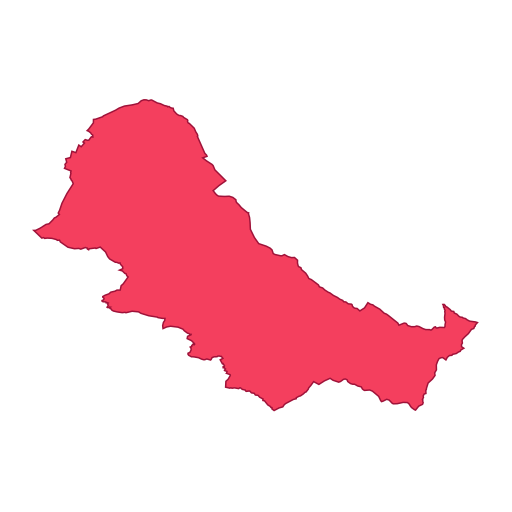 outline of Stremt, Alba, Romania, rotated 181°
{"feature_id": "2599482B49983033782323", "entity_name": "Stremt", "entity_type": "district", "adm_level": 2, "iso_a3": "ROU", "parent_name": "Romania", "parent_adm1": "Alba", "projection": "equal_earth", "projection_center": [23.586, 46.252], "detail": "fine", "context": "isolated", "style": "filled", "palette": "rose", "viewbox_px": 512, "rotation_deg": 181, "n_neighbors": 0, "source": "geoboundaries", "source_scale": "gbopen_adm2", "svg_char_len": 6074}
<svg xmlns="http://www.w3.org/2000/svg" viewBox="0 0 512 512"><g transform="rotate(181 256 256)"><path d="M478.6,277.7L470.5,270.2L468.7,270.7L467.6,269.9L465.1,270.3L460.4,270.1L455.6,268.9L455.0,268.2L452.7,268.4L451.9,266.7L444.2,261.5L437.6,260.1L433.3,260.5L431.3,259.8L426.8,261.5L424.8,260.9L424.7,260.0L423.4,259.3L423.0,260.3L416.8,261.2L416.1,260.7L411.9,262.2L406.5,257.4L404.2,252.8L402.3,250.5L396.6,247.3L394.9,247.2L393.4,246.5L391.7,246.6L391.4,245.4L389.1,242.9L389.0,241.0L392.2,239.5L389.3,238.7L386.8,236.3L385.7,236.1L384.8,234.0L383.5,232.8L388.3,225.8L390.3,224.0L391.2,219.5L394.4,219.5L396.3,218.4L400.6,217.3L402.4,215.6L406.1,214.2L408.5,212.8L408.5,212.2L407.2,211.1L407.4,210.0L408.1,209.2L409.2,208.8L409.1,208.1L408.2,207.6L405.4,207.5L405.0,206.5L404.1,206.8L402.9,206.4L403.6,205.4L402.8,204.2L404.0,202.2L403.0,201.7L401.6,202.4L400.9,202.3L401.4,202.0L401.1,201.0L400.2,200.7L399.1,199.3L397.6,198.5L394.0,197.7L388.7,197.0L386.0,197.4L385.1,197.0L378.9,198.6L372.4,198.1L370.1,196.7L362.2,194.4L353.7,193.2L353.0,192.7L348.5,192.0L345.9,192.0L346.2,189.8L347.4,188.0L348.1,184.8L347.7,181.8L344.1,183.5L340.2,184.3L332.7,183.5L327.8,181.6L326.4,180.0L323.2,177.7L321.7,177.3L320.8,176.5L319.5,176.5L319.6,176.1L323.0,174.5L323.4,172.2L319.0,170.2L316.1,167.4L316.3,167.2L315.9,166.6L316.2,166.3L316.4,166.7L316.9,166.4L317.3,166.9L318.7,165.3L318.7,164.5L320.2,163.8L319.4,162.8L319.2,161.0L320.4,158.5L322.3,157.6L322.3,156.6L321.6,155.6L318.8,154.1L316.5,154.1L311.6,153.3L308.8,152.0L306.7,151.4L305.4,151.4L303.4,152.2L299.6,151.2L299.1,151.7L298.1,153.7L296.0,154.5L293.2,154.6L292.5,155.2L291.0,155.4L289.9,155.0L289.0,155.1L287.3,153.1L290.0,151.6L287.7,147.6L287.1,147.9L285.6,145.6L285.9,145.2L285.8,144.5L286.9,144.7L286.9,143.7L285.8,143.6L284.5,142.5L285.6,141.2L285.4,140.9L283.0,140.1L283.2,138.5L283.5,138.2L279.8,136.9L279.6,136.1L281.7,132.3L283.9,130.2L284.1,124.3L279.8,123.4L278.9,123.8L277.6,123.4L275.2,123.8L271.0,123.1L270.0,123.9L269.2,123.9L267.4,122.4L264.5,121.8L264.0,120.9L263.4,120.5L260.4,120.9L259.7,120.7L258.2,119.1L255.4,118.7L254.2,117.0L251.5,116.7L249.9,114.9L246.4,113.1L246.7,112.0L246.5,111.6L245.0,111.4L241.6,107.3L239.2,105.9L238.4,104.8L237.6,104.8L237.3,104.5L237.4,103.4L235.2,101.8L230.3,104.5L226.6,105.6L225.1,107.9L223.6,109.1L216.0,113.3L213.3,114.0L213.3,115.0L210.6,116.5L209.1,116.9L206.3,118.9L204.6,120.6L203.6,120.9L201.4,123.8L201.0,125.1L199.0,127.4L196.2,131.4L190.9,128.7L185.3,132.4L179.8,135.0L176.8,133.1L171.1,131.3L169.3,132.0L166.4,134.2L164.7,134.6L164.0,134.4L162.6,133.6L162.1,132.1L159.3,130.1L157.2,129.5L155.2,129.5L152.0,127.8L148.5,127.0L147.2,124.8L145.8,123.8L145.2,123.5L140.0,124.0L137.2,122.9L130.9,117.8L128.8,113.6L128.0,112.6L126.6,113.0L122.8,115.0L120.4,114.3L117.1,111.0L115.9,110.6L112.2,110.8L106.3,112.2L102.0,112.1L100.3,110.7L98.7,108.2L97.7,107.1L94.9,105.1L93.8,104.7L90.7,108.7L86.9,110.6L86.7,111.1L86.3,112.3L86.8,113.7L86.7,115.2L87.1,115.6L86.1,117.4L86.4,119.0L85.4,121.0L83.7,121.5L83.9,124.7L83.4,125.3L83.2,126.9L81.7,132.0L77.4,136.1L74.9,139.7L75.3,142.3L73.6,145.3L73.8,150.3L72.6,153.9L71.2,156.6L69.3,157.5L67.5,157.7L64.3,155.4L62.9,158.1L60.8,159.9L59.1,160.0L58.2,160.3L57.7,161.1L54.0,162.0L51.8,163.6L50.2,164.2L49.6,165.5L46.6,167.4L48.9,168.9L49.0,170.9L48.1,172.6L48.5,174.8L48.2,176.1L45.9,178.7L42.3,182.1L39.3,186.4L37.0,187.3L36.3,189.2L35.7,189.6L35.4,191.0L33.4,193.3L35.4,193.9L41.2,194.6L43.7,195.8L45.4,197.1L47.8,197.6L48.6,198.3L50.7,198.5L52.1,199.3L54.2,201.4L56.7,202.4L57.3,204.0L59.7,204.3L60.8,205.7L64.1,208.3L65.4,208.8L65.8,209.7L67.1,210.9L68.3,210.8L67.8,209.9L67.5,207.9L66.8,207.7L66.8,206.4L66.0,205.0L66.3,204.0L66.0,201.8L66.4,198.0L66.2,195.3L65.3,193.3L65.8,190.6L65.8,188.8L66.4,187.8L71.0,187.9L73.9,187.1L74.8,187.4L75.3,188.3L76.5,188.0L79.2,185.2L80.2,185.0L81.0,185.4L85.1,185.4L87.8,186.3L91.7,188.3L94.1,188.8L96.1,188.1L99.3,188.0L103.1,189.1L104.6,191.1L106.1,191.5L107.0,191.4L111.9,189.3L113.0,191.4L122.7,198.9L124.6,200.2L126.8,201.0L131.3,205.0L136.7,207.9L138.3,209.2L140.6,209.7L143.3,211.3L146.6,206.0L151.2,202.9L154.0,205.3L156.2,205.5L157.1,205.9L158.6,207.3L159.1,209.0L159.7,209.5L163.0,209.8L165.3,211.6L167.6,211.8L168.5,213.1L171.5,214.3L173.7,215.9L177.9,217.9L181.6,220.5L182.9,220.9L186.6,223.2L188.8,225.2L192.1,226.3L193.1,228.2L200.3,233.4L202.8,234.4L204.0,236.8L206.0,239.7L210.3,243.2L210.9,245.1L213.0,246.0L213.7,246.9L214.4,249.7L214.4,252.5L217.5,255.2L220.4,255.0L222.3,255.5L224.1,256.0L227.6,257.9L230.0,256.7L231.1,256.6L237.0,257.8L238.8,258.7L240.1,262.4L242.0,264.1L245.9,266.0L253.5,268.4L257.9,274.4L262.1,282.6L262.5,289.2L263.1,294.3L264.3,298.2L264.1,299.0L265.6,299.4L271.6,304.2L273.9,306.9L276.4,309.2L276.9,310.3L277.1,311.9L280.2,314.2L283.8,315.3L288.4,315.0L294.5,315.2L296.0,316.1L297.6,317.6L300.0,320.6L294.3,325.7L287.5,330.7L298.6,341.4L300.5,345.7L301.6,346.8L307.2,350.3L311.0,353.2L306.7,354.8L307.2,356.0L309.0,357.8L309.5,358.9L316.7,374.5L316.3,375.0L316.8,376.7L318.4,379.1L320.0,382.7L325.1,387.5L325.8,387.6L326.4,388.3L326.8,389.2L326.6,390.4L327.0,391.1L330.8,393.3L331.6,394.3L333.9,395.1L335.5,395.2L337.8,396.6L340.7,399.7L341.4,402.3L342.8,402.4L344.4,403.0L345.6,404.0L346.9,403.6L347.5,404.3L350.2,404.8L354.2,406.6L357.4,407.3L362.9,410.1L363.7,410.2L366.0,409.4L368.4,410.2L370.9,410.2L373.5,409.2L376.5,406.4L382.6,404.9L390.2,403.6L395.5,401.5L399.0,399.3L411.1,393.4L411.7,392.6L418.7,390.0L420.9,389.7L420.9,386.3L425.3,380.2L427.0,378.4L425.5,377.8L423.5,376.3L422.6,374.9L421.4,374.1L421.2,372.1L422.7,372.3L425.2,368.9L426.5,368.7L428.8,369.4L431.0,367.0L429.5,365.9L432.7,362.2L435.1,363.8L437.9,356.2L441.9,357.5L443.3,351.2L447.9,349.9L446.9,346.4L448.6,344.3L448.1,342.2L449.0,340.3L442.4,337.8L442.8,336.1L442.5,335.4L443.4,331.1L442.6,330.1L442.1,328.8L441.1,327.7L440.0,325.1L446.1,315.2L450.9,305.4L453.2,298.2L454.5,295.5L453.3,294.1L456.6,291.3L458.3,290.5L459.7,288.6L463.5,284.6L466.5,283.9L472.4,280.0L476.7,277.8L478.6,277.7Z" fill="#f43f5e" stroke="#9f1239" stroke-width="1.5"/></g></svg>